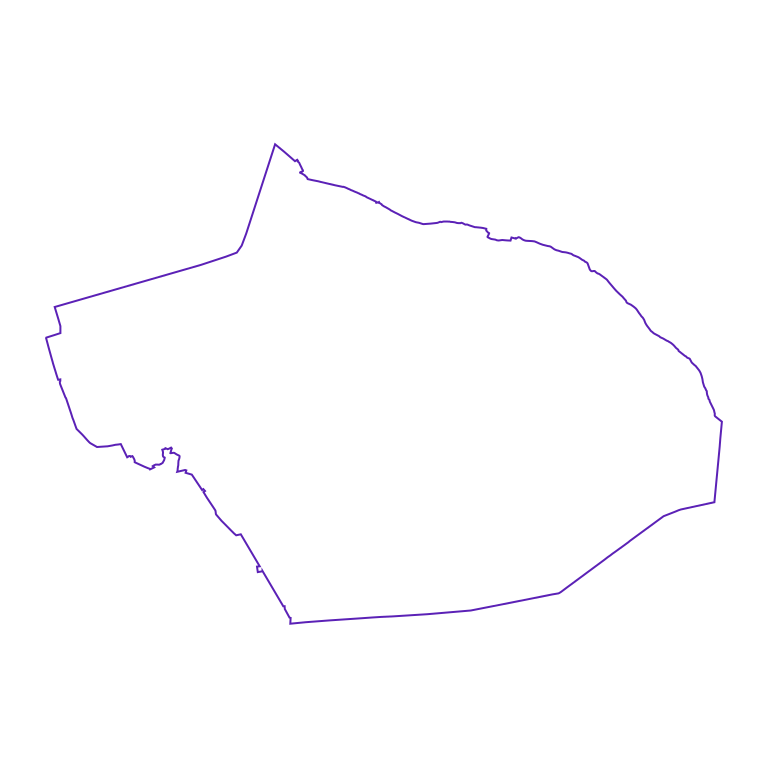 Putten, Gelderland, Netherlands
{"feature_id": "6326949B51712593029149", "entity_name": "Putten", "entity_type": "district", "adm_level": 2, "iso_a3": "NLD", "parent_name": "Netherlands", "parent_adm1": "Gelderland", "projection": "orthographic", "projection_center": [5.573, 52.248], "detail": "fine", "context": "isolated", "style": "outline", "palette": "violet", "viewbox_px": 768, "rotation_deg": 0, "n_neighbors": 0, "source": "geoboundaries", "source_scale": "gbopen_adm2", "svg_char_len": 5981}
<svg xmlns="http://www.w3.org/2000/svg" viewBox="0 0 768 768"><path d="M54.7,307.0L58.3,318.9L60.4,326.1L60.4,333.1L54.9,334.9L46.3,337.6L46.1,338.2L46.5,339.6L47.2,342.2L48.8,348.2L51.8,359.0L52.7,362.1L52.9,363.0L54.7,368.9L55.4,371.1L56.3,374.1L57.8,378.8L58.2,379.8L60.3,379.4L60.3,381.0L59.8,381.9L60.0,383.7L60.4,384.8L65.5,397.6L66.0,398.1L71.1,413.4L72.5,417.9L73.4,420.1L76.0,427.4L76.6,429.0L82.1,434.4L83.5,435.9L87.4,440.3L89.3,442.3L90.1,443.0L90.9,443.5L97.0,447.0L107.6,446.3L112.7,445.4L115.3,444.8L118.2,444.5L120.8,444.1L127.2,457.3L127.6,457.1L128.6,456.3L128.9,456.1L130.0,456.0L130.7,456.8L131.9,456.2L132.4,456.1L133.1,457.1L134.3,459.4L134.4,459.7L134.6,460.3L134.7,460.8L134.7,462.2L135.5,462.6L144.4,466.7L147.8,468.1L149.7,468.8L150.0,469.4L154.2,467.4L152.8,466.1L153.7,465.5L155.6,464.6L157.4,464.6L158.9,464.7L159.7,464.6L160.5,464.0L160.9,464.0L162.6,462.9L163.3,461.6L164.1,460.2L164.5,458.7L164.7,457.9L164.7,457.6L164.2,457.4L163.1,456.5L163.0,455.9L162.9,455.5L162.8,455.0L163.0,452.8L163.0,452.3L163.0,452.0L162.3,449.7L165.1,448.9L165.4,448.2L165.9,448.4L167.7,449.2L169.0,448.7L171.1,447.6L171.6,448.2L171.8,448.6L171.6,448.8L170.4,453.1L170.6,453.2L171.9,453.0L173.3,452.8L174.3,452.9L176.6,454.4L179.1,455.6L179.4,455.8L179.5,456.3L179.6,456.6L179.4,458.0L179.1,459.1L178.5,460.7L178.3,463.6L178.3,464.7L178.2,465.7L177.9,467.0L177.9,467.4L177.7,468.7L177.6,470.3L177.5,470.9L177.4,471.2L177.2,471.8L185.1,470.0L186.3,470.4L185.6,472.8L189.7,474.0L191.8,474.6L202.1,490.0L203.3,489.1L205.0,491.0L203.5,492.1L206.9,497.7L213.7,507.9L215.4,510.5L215.6,511.6L215.9,514.0L216.1,514.5L221.4,520.7L223.4,522.7L230.6,530.0L234.0,533.4L236.2,535.3L240.8,534.3L259.7,566.3L257.0,566.6L257.8,572.1L262.5,571.3L262.5,571.0L283.3,606.3L284.6,606.2L284.8,609.0L289.5,617.6L290.6,617.9L290.3,623.7L305.9,622.2L329.6,620.4L353.3,618.8L362.2,618.2L372.0,617.5L381.5,616.9L392.7,616.4L427.4,614.2L447.3,612.5L470.8,610.5L498.9,605.0L552.4,594.4L558.4,593.4L559.1,593.1L560.9,592.0L566.9,587.5L599.9,563.1L604.5,559.7L607.7,557.2L610.3,555.4L612.6,553.6L614.9,552.0L628.4,542.2L629.9,540.9L663.6,516.2L675.1,511.7L678.7,510.2L680.8,509.5L714.4,502.2L719.7,446.5L719.9,443.8L720.0,442.7L720.3,438.6L721.9,421.7L715.5,416.6L715.0,416.1L714.8,415.7L714.7,415.3L714.8,413.6L714.4,412.2L714.0,410.2L713.5,409.1L709.9,401.8L709.7,401.2L709.5,400.2L709.3,399.7L708.6,399.0L708.4,398.6L708.3,397.4L707.5,395.7L707.1,394.4L706.9,392.9L706.8,392.3L706.8,391.2L706.1,390.2L705.3,388.3L704.2,386.6L702.9,382.3L702.4,379.0L701.7,376.2L700.6,373.0L699.7,371.3L699.0,370.2L695.6,365.9L694.6,365.2L691.9,362.7L691.6,362.3L689.8,358.9L689.5,358.6L687.5,357.8L687.1,357.6L686.7,357.2L686.1,356.5L684.8,355.8L680.0,352.0L678.8,351.1L678.5,350.7L678.2,349.7L676.0,347.9L674.1,345.7L673.1,344.7L671.2,343.1L669.4,342.0L669.1,341.9L668.1,341.2L666.6,340.6L663.3,338.6L660.2,337.2L659.3,336.3L658.4,335.8L654.6,333.8L653.6,333.2L652.2,331.9L651.3,331.3L650.6,330.6L650.0,329.7L648.9,328.2L647.5,326.4L646.7,325.3L645.8,323.8L645.4,323.1L644.6,321.1L644.3,320.2L644.0,319.6L643.8,319.3L642.8,317.7L642.3,317.2L641.5,316.4L640.9,315.6L640.4,314.8L639.0,313.0L636.9,309.8L636.1,308.8L635.4,308.1L633.7,306.7L631.6,305.2L630.9,304.7L627.6,303.2L626.8,302.6L626.4,302.0L626.0,300.8L625.8,300.5L624.0,298.5L622.5,296.7L619.8,294.3L616.1,290.7L614.0,288.3L610.1,283.7L609.0,282.4L607.0,279.8L606.6,279.4L599.7,274.3L598.6,273.7L597.7,273.5L597.2,273.2L595.9,272.2L595.1,271.4L594.8,271.1L594.4,271.0L593.7,271.0L592.6,271.2L591.7,271.2L591.3,271.1L590.7,270.6L590.2,270.0L589.8,269.5L587.7,263.7L587.6,263.4L587.1,262.8L586.7,262.5L585.8,262.0L585.3,261.8L584.9,261.6L584.3,260.9L583.7,260.5L582.3,259.9L579.8,258.1L578.4,257.2L574.9,255.8L573.5,255.3L572.7,254.8L571.7,254.0L571.0,253.7L569.6,253.4L568.1,252.9L566.0,252.4L564.4,252.2L562.4,252.0L561.7,251.8L558.5,250.7L556.4,250.2L555.0,249.6L554.2,249.2L553.1,248.4L550.9,246.8L550.5,246.6L549.6,246.3L547.7,246.0L542.9,244.8L539.8,243.7L536.5,242.2L534.5,241.4L532.1,241.1L526.7,240.8L525.7,240.7L524.3,240.3L523.2,239.8L522.4,239.4L521.0,238.3L519.7,237.5L518.7,237.2L517.5,237.7L516.3,238.4L515.7,238.2L515.6,238.6L511.5,237.5L510.5,240.6L506.7,240.4L502.2,240.0L498.7,240.5L497.7,240.4L496.6,240.2L495.6,239.7L495.2,239.6L491.3,239.0L489.9,238.4L489.2,238.0L487.7,237.2L487.5,236.9L487.6,236.5L488.8,234.2L489.0,233.4L489.1,233.2L488.9,233.0L488.4,232.8L488.1,232.6L486.3,230.6L486.2,230.3L486.3,228.8L483.0,228.0L481.0,227.7L475.9,227.2L475.0,227.2L469.4,225.4L467.5,224.6L466.9,224.5L465.3,224.6L464.5,224.2L463.3,223.5L462.6,223.2L461.6,222.8L461.2,222.8L460.3,223.2L459.3,223.1L458.2,223.1L457.1,223.0L454.8,222.3L452.5,222.0L450.7,221.9L449.5,221.6L444.6,221.5L443.8,221.5L440.7,222.2L440.8,222.4L440.1,221.8L437.6,222.8L436.3,223.0L430.7,223.6L424.0,224.1L423.5,224.1L422.7,224.0L419.0,222.8L417.4,222.5L415.9,222.2L411.7,220.7L402.1,216.2L397.8,213.9L394.9,212.5L391.7,210.8L391.2,210.6L390.7,210.3L390.4,210.0L389.5,209.4L388.5,208.8L385.2,206.9L384.4,206.6L383.4,205.9L382.5,205.4L382.1,205.1L381.6,204.3L381.4,204.2L380.5,203.6L379.4,202.9L379.3,202.7L379.0,202.1L378.3,202.7L378.1,202.6L377.8,202.3L377.5,202.4L376.5,202.8L376.1,202.7L376.1,201.8L375.9,201.6L366.6,197.2L365.6,196.4L362.8,195.3L361.9,194.8L361.4,194.6L359.9,194.0L359.0,193.4L358.8,193.4L358.3,193.2L357.6,192.8L354.6,191.6L352.4,190.6L351.0,190.1L349.7,189.4L348.2,188.8L347.0,188.2L345.2,187.4L343.5,186.8L342.9,186.9L335.2,185.3L321.0,182.0L318.3,181.3L312.7,180.2L307.7,179.1L307.4,178.7L307.2,177.8L307.1,177.6L306.2,176.7L305.4,176.1L305.3,175.8L304.8,175.3L301.8,173.5L300.1,172.7L300.1,172.4L300.8,172.0L302.0,171.6L302.9,171.1L303.0,170.9L302.9,170.3L302.5,169.7L302.0,168.8L301.4,167.4L300.0,164.6L299.3,163.0L299.1,162.6L298.2,161.9L297.8,161.5L297.5,160.9L297.8,160.6L297.2,159.8L295.0,161.2L284.1,151.7L275.1,144.3L246.2,233.6L241.7,245.6L236.8,252.6L226.1,256.6L200.9,264.9L54.7,307.0Z" fill="none" stroke="#5b21b6" stroke-width="2"/></svg>